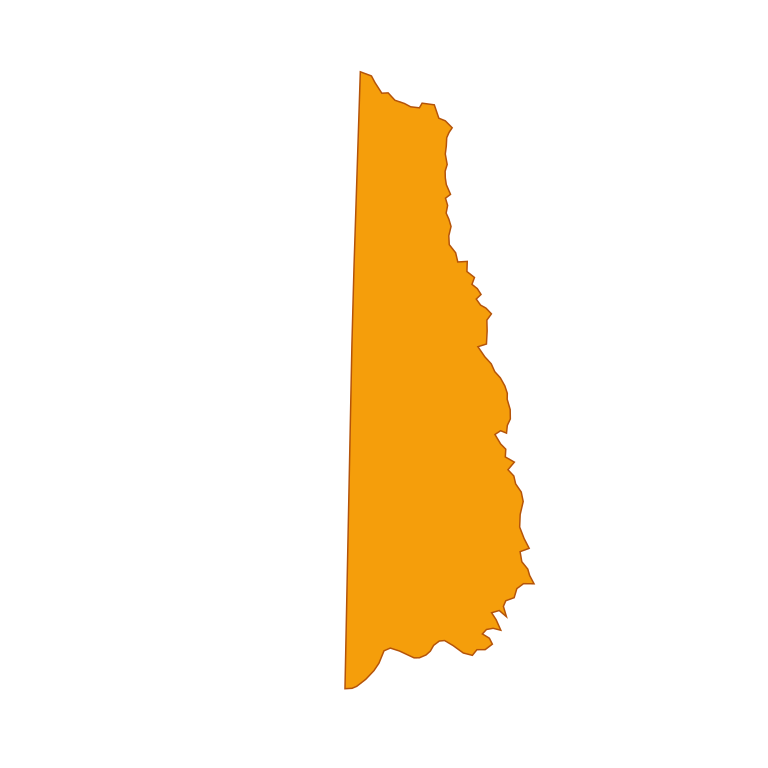 the district of Jussara, Paraná, Brazil, rotated 149°
{"feature_id": "56859067B52043203685138", "entity_name": "Jussara", "entity_type": "district", "adm_level": 2, "iso_a3": "BRA", "parent_name": "Brazil", "parent_adm1": "Paraná", "projection": "equal_earth", "projection_center": [-52.469, -23.656], "detail": "fine", "context": "isolated", "style": "filled", "palette": "amber", "viewbox_px": 768, "rotation_deg": 149, "n_neighbors": 0, "source": "geoboundaries", "source_scale": "gbopen_adm2", "svg_char_len": 1575}
<svg xmlns="http://www.w3.org/2000/svg" viewBox="0 0 768 768"><g transform="rotate(149 384 384)"><path d="M243.5,663.8L348.0,502.0L359.9,483.4L390.7,435.1L574.4,142.9L568.1,139.6L563.1,138.9L551.6,140.3L540.2,143.5L532.1,147.3L521.4,155.3L514.6,154.4L508.3,147.2L499.3,133.8L494.7,131.1L487.5,130.1L481.8,131.2L476.1,134.4L469.0,135.2L464.2,132.9L459.5,124.2L454.6,112.6L448.0,105.9L441.2,108.4L434.1,104.2L425.1,105.2L424.6,111.8L428.4,119.1L422.6,120.8L416.3,118.4L410.7,112.8L409.3,124.1L409.6,132.5L401.9,130.5L398.9,121.5L396.2,131.9L391.2,135.5L382.5,133.8L375.5,140.2L367.3,141.0L358.3,135.5L357.8,144.8L356.1,151.3L357.4,160.7L353.7,170.2L344.2,168.4L343.5,179.4L341.4,191.5L334.5,202.0L325.2,211.6L322.0,220.7L322.6,230.6L320.1,238.3L321.9,246.7L312.5,249.9L317.6,259.0L313.2,265.4L314.9,272.5L314.9,283.6L308.1,283.9L304.3,278.8L299.6,285.0L293.7,289.0L289.0,297.1L286.3,307.4L283.1,312.5L281.4,320.1L281.1,329.3L282.7,337.6L281.7,346.0L283.6,355.5L284.3,367.6L275.6,365.5L268.3,376.3L262.9,385.8L255.8,388.8L257.5,396.5L260.6,401.9L261.2,409.3L254.7,410.8L254.9,417.7L257.3,424.1L251.6,428.7L255.0,437.7L249.5,446.2L257.9,450.6L255.0,459.6L256.3,469.8L252.1,477.7L245.4,484.5L243.5,491.9L242.7,498.5L237.5,504.3L235.6,511.6L229.3,512.3L227.9,522.8L225.3,529.1L222.0,534.9L216.8,539.6L213.0,549.6L208.1,555.8L203.4,562.8L198.7,566.1L193.6,568.5L195.9,578.0L200.1,583.6L197.1,597.4L206.7,605.1L211.4,602.5L218.4,607.9L222.0,613.9L228.5,621.6L230.5,631.4L236.1,634.4L236.5,647.1L236.1,654.5L243.5,663.8Z" fill="#f59e0b" stroke="#b45309" stroke-width="1.5"/></g></svg>